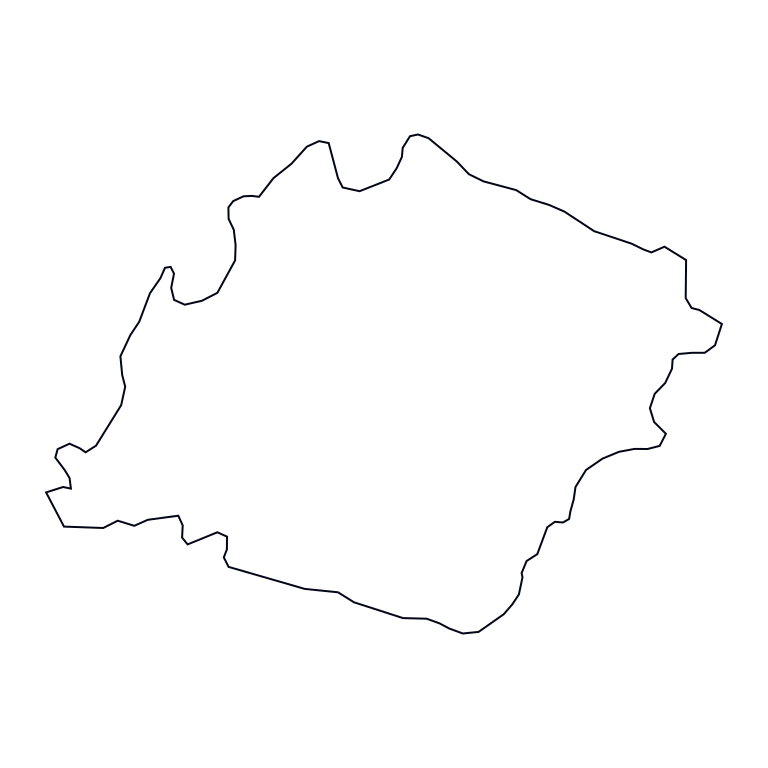 SVG path tracing the border of Ibb
{"feature_id": "YEM-156", "entity_name": "Ibb", "entity_type": "Governorate", "adm_level": 1, "iso_a3": "YEM", "parent_name": "Yemen", "parent_adm1": "", "projection": "albers", "projection_center": [44.186, 14.073], "detail": "fine", "context": "isolated", "style": "outline", "palette": "ink", "viewbox_px": 768, "rotation_deg": 0, "n_neighbors": 0, "source": "natural_earth", "source_scale": "10m", "svg_char_len": 1590}
<svg xmlns="http://www.w3.org/2000/svg" viewBox="0 0 768 768"><path d="M85.6,452.3L96.0,445.7L121.2,405.1L125.2,386.7L122.2,375.0L120.4,356.3L130.4,335.0L139.2,321.8L150.0,293.2L160.4,278.2L165.0,267.8L170.6,266.9L174.0,273.6L171.2,287.9L174.1,299.9L184.8,304.7L202.1,300.7L217.4,292.8L235.1,260.4L235.6,245.2L233.8,229.8L228.6,218.9L228.4,207.4L233.2,201.1L243.5,196.3L251.9,195.9L259.0,196.8L273.5,178.1L291.6,163.6L306.8,146.7L319.1,141.1L328.7,143.1L338.0,178.2L342.7,187.5L359.6,191.2L389.2,179.5L396.7,168.2L401.9,156.9L402.7,147.9L410.0,136.2L418.0,134.5L428.6,138.2L456.8,161.5L468.9,174.2L483.6,181.4L516.2,190.1L530.6,199.2L549.0,204.9L564.4,211.6L594.2,231.2L631.7,243.7L643.5,249.5L651.4,252.4L664.5,246.7L686.1,260.1L685.7,298.1L691.6,308.0L699.3,310.0L721.9,324.0L715.0,345.3L704.7,352.8L692.0,352.8L678.6,354.0L672.6,359.5L672.0,368.7L665.2,383.0L654.7,393.8L649.9,408.2L654.1,422.0L665.9,433.8L659.7,445.9L647.5,449.0L634.6,448.9L619.0,451.8L602.5,458.6L586.0,470.0L575.5,487.0L573.7,499.5L570.4,511.3L569.1,519.0L562.9,522.5L554.9,521.8L547.3,527.2L537.3,554.1L526.6,561.0L521.6,573.1L522.5,577.3L518.9,594.4L512.5,604.1L503.8,614.2L478.6,631.9L462.8,633.5L449.2,628.5L439.6,623.4L426.6,618.7L403.0,618.1L354.0,602.3L338.0,592.3L304.7,588.9L228.6,566.9L223.8,557.4L226.9,549.4L227.0,536.6L217.3,532.3L187.6,544.4L182.1,537.6L182.7,525.4L178.3,515.7L147.8,519.8L134.3,525.8L117.7,520.7L103.2,528.0L64.0,526.6L46.1,492.4L63.1,487.0L70.9,488.6L69.6,478.1L64.4,469.6L55.3,457.6L57.6,449.2L69.5,443.7L79.6,448.2L85.6,452.3Z" fill="none" stroke="#020617" stroke-width="2"/></svg>